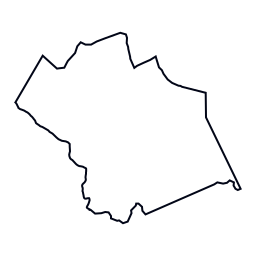 outline of Deglos, Castries, Saint Lucia
{"feature_id": "8701671B12936296158000", "entity_name": "Deglos", "entity_type": "district", "adm_level": 2, "iso_a3": "LCA", "parent_name": "Saint Lucia", "parent_adm1": "Castries", "projection": "albers", "projection_center": [-60.976, 13.977], "detail": "fine", "context": "isolated", "style": "outline", "palette": "ink", "viewbox_px": 256, "rotation_deg": 0, "n_neighbors": 0, "source": "geoboundaries", "source_scale": "gbopen_adm2", "svg_char_len": 2492}
<svg xmlns="http://www.w3.org/2000/svg" viewBox="0 0 256 256"><path d="M205.7,92.8L182.0,86.8L180.5,85.9L178.5,85.7L172.1,82.9L167.7,79.5L163.5,73.8L161.9,70.2L159.0,67.4L156.2,58.3L155.7,56.5L150.2,59.9L143.8,62.7L137.1,65.8L134.3,67.9L130.3,58.8L130.1,56.7L128.3,49.0L128.1,46.9L126.7,43.1L127.0,37.8L125.9,34.4L120.3,32.8L105.1,38.3L96.7,41.5L91.1,44.6L85.5,44.6L80.7,42.3L80.4,42.7L79.2,44.1L77.3,46.3L75.9,50.6L75.1,53.0L67.8,61.0L66.6,63.2L64.3,67.7L59.1,68.3L57.0,68.6L53.1,65.1L42.7,55.7L29.5,78.3L15.4,102.4L15.7,102.6L16.0,103.1L16.3,103.5L16.8,104.3L17.1,105.0L17.4,105.6L17.7,106.2L18.2,107.2L18.4,107.9L19.0,108.3L19.5,108.7L19.9,109.0L20.4,109.2L21.0,109.4L21.6,109.6L22.4,109.9L23.2,110.2L23.8,110.4L24.5,110.8L25.2,111.2L25.9,111.7L26.6,112.0L27.3,112.4L27.8,112.7L28.5,113.3L29.6,114.3L30.1,114.9L30.7,115.7L31.8,116.6L32.3,117.1L33.0,118.0L33.4,118.4L33.8,119.1L34.2,119.5L35.0,120.5L35.2,120.9L35.5,121.7L35.7,122.3L36.1,123.2L37.4,124.1L39.2,125.3L39.8,125.9L40.5,126.3L41.3,126.6L42.0,126.8L42.8,127.2L48.3,130.4L49.6,131.9L52.5,133.6L56.4,137.4L58.5,139.2L61.9,140.8L65.8,141.4L68.1,142.4L69.7,144.0L69.7,146.4L70.0,151.3L69.6,152.8L69.5,153.1L69.2,154.7L69.3,155.0L69.3,155.9L69.6,156.7L69.8,157.4L70.0,158.0L70.6,158.8L71.1,159.3L71.6,159.6L72.3,160.0L75.7,163.7L76.2,164.2L76.7,164.6L77.5,165.2L78.6,165.8L79.3,166.1L80.3,166.2L81.4,166.4L82.4,166.6L83.1,166.8L83.7,167.2L84.3,167.5L85.5,168.1L86.0,168.4L86.2,169.0L86.1,170.2L86.2,170.7L86.1,171.6L86.0,172.3L86.0,174.0L85.8,174.8L85.6,176.4L85.5,177.2L85.6,178.0L85.7,178.6L85.8,179.3L85.8,179.7L85.7,180.4L85.5,180.9L85.1,181.4L84.9,181.9L84.5,182.4L84.0,182.9L83.3,183.5L82.5,184.4L82.2,185.1L82.1,185.8L82.2,186.4L82.4,187.2L82.7,188.0L82.7,188.8L82.7,189.5L82.6,190.4L82.5,191.1L82.9,192.1L83.1,193.2L83.3,194.2L83.6,195.6L83.7,196.5L84.0,197.5L84.2,198.0L84.7,198.5L85.4,198.7L85.9,198.7L86.6,198.5L88.0,198.2L89.1,198.2L89.5,199.1L89.6,200.3L89.2,201.6L88.8,202.9L88.3,204.2L87.8,205.2L87.4,205.8L87.0,206.7L86.8,207.2L86.9,207.5L87.1,207.9L87.3,208.1L88.8,209.0L89.6,209.3L89.6,209.9L90.8,210.0L95.1,213.6L101.3,213.2L105.2,212.0L108.6,212.4L111.0,216.0L111.0,218.4L117.2,220.8L119.1,220.4L123.0,223.2L127.7,221.6L131.5,213.2L131.1,210.4L135.8,205.6L136.2,203.6L138.5,203.6L142.0,206.8L142.4,210.8L145.5,214.4L214.2,184.4L217.3,182.4L223.1,183.6L227.0,182.8L229.7,180.4L233.9,182.4L233.6,185.6L235.5,188.8L237.8,190.0L240.6,188.8L206.0,117.4L205.7,92.8Z" fill="none" stroke="#020617" stroke-width="2"/></svg>